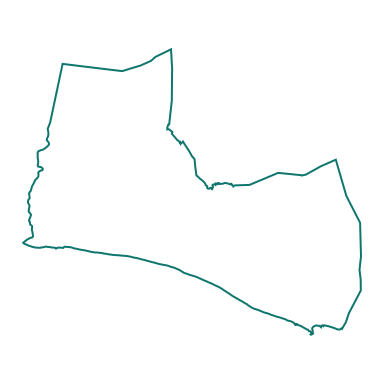 the district of Santa María Tonameca, Oaxaca, Mexico
{"feature_id": "50627088B31597135225135", "entity_name": "Santa María Tonameca", "entity_type": "district", "adm_level": 2, "iso_a3": "MEX", "parent_name": "Mexico", "parent_adm1": "Oaxaca", "projection": "natural_earth1", "projection_center": [-96.691, 15.782], "detail": "fine", "context": "isolated", "style": "outline", "palette": "teal", "viewbox_px": 384, "rotation_deg": 0, "n_neighbors": 0, "source": "geoboundaries", "source_scale": "gbopen_adm2", "svg_char_len": 5671}
<svg xmlns="http://www.w3.org/2000/svg" viewBox="0 0 384 384"><path d="M169.2,124.3L171.8,100.6L172.1,69.8L172.2,69.5L171.0,49.3L166.8,51.4L161.6,53.9L155.4,56.9L151.0,60.9L147.1,62.6L140.4,65.6L131.6,68.2L122.3,71.1L121.2,71.0L111.3,69.8L101.9,68.7L86.4,66.8L82.1,66.3L74.1,65.3L62.6,63.9L50.2,122.3L48.4,127.1L47.8,128.5L47.7,129.0L48.2,131.3L48.4,133.3L48.4,134.6L48.0,136.4L46.8,139.2L46.8,140.2L48.4,142.1L48.9,143.1L49.0,144.4L48.5,145.2L47.8,145.9L46.6,147.1L45.4,148.0L43.7,149.2L43.3,149.5L41.4,150.0L39.2,150.8L37.9,151.9L37.6,152.9L37.7,154.5L37.7,155.5L37.6,156.8L37.6,157.6L37.9,158.9L38.2,161.2L38.2,162.6L37.7,165.5L38.2,166.6L39.3,166.8L40.9,167.1L41.7,167.6L42.7,168.5L42.7,169.6L42.2,170.3L40.6,170.6L38.8,171.8L38.2,172.8L38.5,174.5L38.3,176.5L37.8,177.4L35.2,180.1L33.6,183.6L32.7,184.9L31.5,187.9L31.2,189.7L30.4,191.4L29.7,192.1L29.0,193.6L29.4,195.6L29.6,197.4L29.6,198.3L29.3,198.8L28.8,199.2L28.1,200.8L28.0,202.6L29.4,205.4L29.5,206.5L29.1,208.0L28.8,209.5L28.7,211.2L28.9,212.0L29.9,213.0L30.5,213.8L31.0,214.9L30.8,215.7L29.8,218.2L29.0,220.3L29.1,221.1L29.7,221.4L30.3,224.7L31.3,225.3L31.9,225.8L32.2,226.8L31.8,229.7L32.2,231.1L32.6,233.1L32.8,234.4L33.0,235.9L32.9,236.6L32.5,237.2L32.2,237.5L31.6,237.5L30.0,238.1L26.8,239.8L23.2,242.8L24.1,243.6L24.7,243.9L27.1,244.9L29.0,245.8L31.3,246.5L34.2,247.3L36.3,247.7L38.6,247.7L40.0,247.9L41.4,247.4L42.1,247.3L43.1,247.3L44.0,247.1L44.8,246.8L45.3,246.7L46.4,246.6L47.2,246.9L47.9,246.9L48.7,247.0L49.1,247.0L49.8,247.1L50.7,247.3L51.7,247.4L52.6,247.6L53.9,247.6L54.7,247.7L55.2,247.9L55.5,248.2L55.7,248.5L56.4,248.5L56.9,248.2L57.1,247.8L57.5,247.7L58.0,247.6L59.1,247.7L60.6,247.6L62.1,247.8L63.0,248.0L63.7,247.5L64.0,247.1L64.7,246.7L66.2,246.8L67.4,247.0L69.4,247.1L71.9,247.5L73.5,248.2L75.3,248.6L76.7,248.8L79.1,249.4L82.8,250.1L85.1,250.4L88.1,251.1L89.9,251.6L92.7,252.1L94.6,252.4L97.3,252.5L99.5,252.8L102.3,253.1L104.1,253.6L106.2,253.8L108.5,254.3L110.4,254.5L112.9,254.9L115.1,255.1L117.8,255.2L120.8,255.5L124.1,255.8L126.7,256.0L129.5,256.5L131.5,256.9L134.0,257.6L136.9,258.1L139.4,258.7L141.4,259.3L144.8,260.1L147.2,260.8L150.1,261.6L152.0,262.1L154.2,262.6L156.5,263.2L158.6,263.9L160.7,264.3L163.1,264.8L164.8,265.0L166.6,265.4L169.1,266.1L170.7,266.8L172.5,267.2L174.7,267.9L176.7,268.8L179.5,270.0L182.2,271.7L184.2,273.0L186.4,273.6L189.0,274.6L191.6,275.4L194.6,276.3L197.4,277.3L199.0,278.1L201.0,278.9L203.2,280.0L206.2,281.2L208.4,282.3L211.0,283.2L212.9,284.2L215.5,285.5L218.2,286.7L220.9,288.2L222.8,289.5L225.0,290.9L227.2,292.4L230.2,294.3L232.4,295.9L234.9,297.3L237.3,298.7L239.9,300.2L242.8,301.8L245.3,303.4L246.6,304.0L248.4,305.5L249.9,306.4L251.7,307.6L253.3,308.4L254.6,308.9L257.7,309.8L260.7,311.0L263.7,312.3L268.3,313.6L271.4,314.9L274.3,315.8L276.7,316.7L279.2,317.3L281.0,317.9L282.9,318.5L285.5,319.3L287.0,320.3L289.0,320.9L289.6,321.0L291.9,321.7L293.6,322.7L294.6,323.5L294.8,324.4L295.3,325.0L295.5,325.0L295.4,324.5L295.6,324.0L295.9,324.0L297.1,324.1L297.5,324.8L299.9,325.6L302.1,326.7L303.2,327.3L303.8,327.7L304.8,328.3L306.0,328.8L306.6,329.4L307.9,329.7L308.6,330.3L308.7,330.9L309.3,331.2L309.7,331.3L310.2,331.4L310.7,331.7L311.1,332.5L311.3,333.2L311.5,333.5L311.4,334.1L311.2,334.3L310.7,334.5L310.9,334.7L311.4,334.6L311.8,334.4L312.2,334.2L312.4,334.0L312.8,333.6L313.1,333.5L313.2,333.2L312.8,332.8L312.6,332.3L312.7,331.2L312.7,330.3L312.3,329.7L312.3,329.3L312.2,328.5L312.4,327.8L313.1,326.9L313.8,326.5L314.6,326.0L315.2,325.8L315.8,325.6L316.0,325.5L316.6,325.4L316.8,325.5L318.2,325.8L319.2,325.8L319.9,326.1L320.5,326.8L321.0,327.2L321.2,326.3L321.4,325.8L322.2,325.4L322.6,325.5L323.1,326.1L323.3,326.3L323.5,326.1L323.6,325.8L323.7,325.6L323.4,325.6L323.4,325.4L323.6,325.4L324.0,325.4L324.6,325.4L325.4,325.6L326.8,325.9L328.8,326.3L330.6,326.9L332.3,327.4L333.0,327.6L334.0,328.0L335.2,328.4L335.9,328.7L336.1,328.8L337.0,329.2L337.8,329.4L338.0,329.4L339.0,329.6L339.6,329.5L339.9,329.4L340.4,329.1L341.1,328.7L341.4,328.3L341.7,328.3L341.9,328.3L342.1,328.7L345.9,322.2L348.8,313.4L360.8,290.5L360.7,279.8L359.5,269.9L361.0,256.3L360.8,249.0L360.1,222.8L346.3,195.8L335.8,159.7L321.0,166.2L305.9,174.6L301.6,175.5L301.4,175.2L285.4,173.6L278.1,172.9L249.5,184.9L234.7,185.4L233.4,186.4L233.3,185.9L232.9,185.7L232.4,185.2L232.0,185.1L231.9,184.5L231.4,183.9L231.1,183.7L230.8,183.8L230.4,184.1L230.1,184.3L229.4,184.2L228.8,183.8L227.7,183.4L227.1,183.4L226.7,183.3L226.0,183.1L225.2,182.9L224.9,183.0L224.5,183.1L223.9,183.3L223.2,183.6L222.0,183.8L220.5,183.8L220.2,183.9L220.2,184.0L219.8,184.1L219.5,184.0L219.1,183.5L218.8,183.0L218.6,182.9L218.1,183.0L217.8,183.2L217.8,183.6L217.8,184.1L217.7,184.2L217.4,184.1L216.7,183.8L216.0,183.3L215.6,183.3L215.5,183.5L215.5,184.0L215.7,184.8L215.6,185.0L215.0,184.6L214.5,184.4L213.5,184.4L212.6,185.0L212.5,185.4L212.7,185.9L213.0,187.1L212.8,187.3L212.6,187.7L212.4,188.5L212.2,188.9L212.0,189.2L211.8,189.1L211.5,187.9L211.2,187.8L210.7,187.8L209.9,188.2L209.3,188.7L208.4,188.6L207.9,188.5L207.6,188.4L207.3,188.2L207.2,188.0L207.2,187.9L207.2,187.5L207.2,187.0L207.2,186.3L207.1,186.1L206.9,185.8L206.4,185.7L205.7,185.2L205.6,184.7L205.3,183.8L204.8,183.1L204.7,182.9L203.7,181.7L201.3,179.7L199.9,178.6L198.3,177.0L196.4,175.4L195.9,171.5L195.3,167.2L194.9,162.7L194.5,159.0L192.1,156.4L188.7,150.4L187.0,147.9L185.1,145.0L183.0,141.6L182.8,141.9L182.3,142.2L181.9,142.6L181.5,143.0L180.9,143.5L180.6,143.9L180.3,143.0L180.0,143.0L179.9,141.7L179.3,141.8L178.1,140.5L177.5,140.3L171.9,133.8L171.8,133.7L172.4,132.0L169.5,129.7L168.4,129.1L167.3,129.4L167.2,127.8L168.3,124.6L168.5,124.3L169.2,124.3Z" fill="none" stroke="#0f766e" stroke-width="2"/></svg>